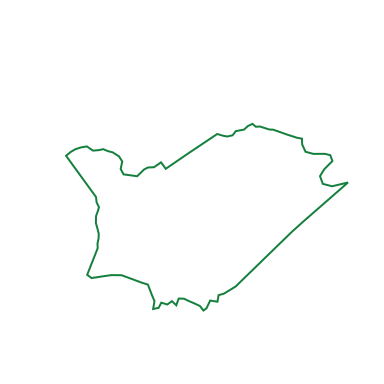 the district of Paim Filho, Rio Grande do Sul, Brazil, rotated 144°
{"feature_id": "56859067B93945017430500", "entity_name": "Paim Filho", "entity_type": "district", "adm_level": 2, "iso_a3": "BRA", "parent_name": "Brazil", "parent_adm1": "Rio Grande do Sul", "projection": "natural_earth1", "projection_center": [-51.772, -27.737], "detail": "fine", "context": "isolated", "style": "outline", "palette": "green", "viewbox_px": 384, "rotation_deg": 144, "n_neighbors": 0, "source": "geoboundaries", "source_scale": "gbopen_adm2", "svg_char_len": 1196}
<svg xmlns="http://www.w3.org/2000/svg" viewBox="0 0 384 384"><g transform="rotate(144 192 192)"><path d="M292.2,120.2L287.1,117.9L281.9,120.5L278.1,115.5L272.4,115.5L271.3,109.6L265.4,113.6L261.2,110.4L258.7,105.7L255.8,100.9L252.6,95.1L252.4,89.4L248.6,89.4L241.1,93.5L235.9,88.3L231.1,92.9L225.8,91.0L212.2,89.9L173.5,95.5L134.5,101.1L119.1,102.7L60.2,108.0L75.3,114.3L81.4,121.7L79.1,129.6L71.6,132.7L60.2,134.5L58.5,140.5L61.9,144.6L71.4,151.5L76.5,157.8L74.9,165.8L71.7,170.5L75.1,174.1L81.2,182.4L89.6,194.6L92.7,197.1L98.5,205.0L102.0,207.3L103.1,211.6L108.1,212.5L113.2,211.9L120.8,215.5L125.8,214.0L130.9,216.2L134.0,219.5L137.5,224.1L174.1,225.5L199.6,226.2L199.6,234.2L208.2,234.4L213.2,237.7L217.4,238.4L227.1,237.0L237.0,246.5L236.2,252.5L230.5,257.7L230.1,263.7L232.8,270.6L236.0,274.5L238.7,278.9L242.7,280.6L247.8,283.7L250.3,290.7L255.8,293.4L261.4,295.2L266.6,295.7L272.6,295.3L272.6,244.4L275.3,239.6L276.2,234.4L279.1,232.1L283.8,228.9L288.0,223.4L290.3,217.2L292.0,213.0L295.1,209.1L298.7,205.9L301.3,202.0L325.5,186.6L323.9,181.5L306.3,172.3L297.9,166.1L286.1,148.4L282.1,143.0L284.8,133.0L286.5,125.8L292.2,120.2Z" fill="none" stroke="#15803d" stroke-width="2"/></g></svg>